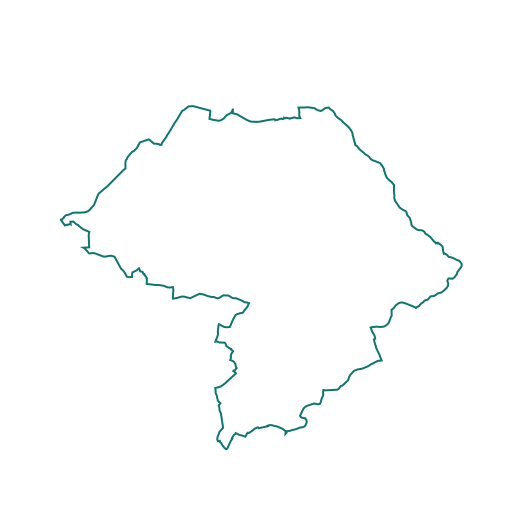 the district of Socond, Satu Mare, Romania, rotated 316°
{"feature_id": "2599482B56035864405042", "entity_name": "Socond", "entity_type": "district", "adm_level": 2, "iso_a3": "ROU", "parent_name": "Romania", "parent_adm1": "Satu Mare", "projection": "mercator", "projection_center": [22.99, 47.536], "detail": "fine", "context": "isolated", "style": "outline", "palette": "teal", "viewbox_px": 512, "rotation_deg": 316, "n_neighbors": 0, "source": "geoboundaries", "source_scale": "gbopen_adm2", "svg_char_len": 6137}
<svg xmlns="http://www.w3.org/2000/svg" viewBox="0 0 512 512"><g transform="rotate(316 256 256)"><path d="M223.0,409.0L226.7,408.4L227.9,409.1L229.5,409.3L236.2,409.3L239.0,407.7L241.4,407.0L246.8,406.7L250.0,408.0L253.8,410.6L255.8,411.5L260.2,413.2L263.5,413.8L270.8,416.1L273.8,418.4L275.9,413.5L278.6,405.6L279.7,403.9L280.3,402.3L282.8,398.0L284.3,398.3L284.5,397.7L285.5,396.5L286.1,395.2L287.1,390.9L288.8,387.1L290.1,387.8L293.5,390.5L296.2,393.5L298.6,395.4L299.9,396.0L302.7,396.4L305.0,396.3L310.5,393.7L312.1,393.2L316.2,388.8L318.3,389.2L322.2,388.6L325.7,389.0L327.8,390.0L329.2,391.4L330.7,394.1L333.8,401.0L334.7,403.2L335.0,404.5L335.9,404.4L338.5,405.2L341.9,404.9L344.1,405.4L346.1,405.2L347.2,405.5L348.6,406.5L349.7,406.7L353.6,406.3L356.2,408.4L358.7,409.0L360.6,409.1L363.5,410.8L365.7,411.3L371.2,411.4L373.7,410.7L375.3,409.1L376.4,406.7L378.5,405.9L379.1,406.0L381.6,408.9L384.0,409.2L388.1,408.5L389.5,407.5L396.6,406.3L398.3,404.8L398.7,403.8L398.9,400.6L397.7,398.3L396.9,395.8L395.6,392.8L394.2,390.8L394.0,390.0L394.1,388.2L393.9,386.3L393.4,385.3L392.8,385.1L393.2,384.6L393.1,384.3L393.4,383.9L393.6,383.0L396.2,379.6L396.8,378.4L396.4,374.9L396.6,374.5L395.7,373.5L396.0,373.4L396.1,372.8L394.2,371.8L394.5,371.1L394.3,370.5L394.1,368.5L394.3,368.2L394.3,367.1L394.6,363.8L394.2,360.7L393.4,357.6L393.9,355.9L393.8,354.5L393.2,352.8L390.8,350.1L390.0,348.5L389.1,342.7L389.4,341.6L391.1,339.5L393.1,335.1L393.1,331.8L394.8,328.7L394.7,327.2L393.8,325.0L393.2,322.4L393.0,320.8L394.4,313.0L395.7,310.3L397.7,308.5L399.6,305.9L402.0,303.4L404.8,300.7L404.6,300.1L404.9,296.8L404.5,293.9L404.5,290.7L405.6,287.5L407.6,283.4L408.6,282.1L409.6,278.2L409.5,277.4L409.8,275.5L407.3,269.8L406.5,268.5L405.9,266.2L406.2,263.6L406.1,261.5L405.5,259.7L405.2,258.1L405.2,256.3L404.6,251.6L405.0,247.3L404.5,245.6L404.7,244.7L405.9,243.2L406.1,242.2L407.3,240.5L407.3,239.9L408.1,239.0L409.4,236.3L410.8,234.6L411.7,231.6L412.1,228.7L412.1,226.2L411.6,220.2L411.7,217.3L410.9,214.0L410.8,211.3L410.8,210.1L411.6,208.3L412.0,206.4L412.0,204.7L411.4,202.2L411.4,199.7L408.8,197.8L404.4,197.1L403.1,196.5L401.7,194.0L401.0,192.0L400.9,190.7L400.3,189.6L396.2,184.5L395.1,183.8L389.7,178.8L389.4,179.6L387.0,182.8L385.4,184.2L384.3,185.6L383.7,187.5L381.1,185.3L380.7,184.6L380.6,184.0L379.5,182.6L377.4,181.7L376.5,180.7L375.9,180.8L375.3,180.1L374.6,178.6L373.5,177.3L373.0,177.4L372.5,176.6L372.1,176.6L372.1,176.2L371.5,176.5L370.4,176.2L370.0,175.1L369.5,174.9L368.9,174.2L366.6,173.3L364.4,171.9L365.3,171.1L363.8,171.9L364.4,171.0L364.0,170.2L359.6,166.9L351.8,161.8L350.0,160.3L346.0,156.2L345.0,154.5L343.9,151.8L340.8,140.9L338.4,137.2L341.1,134.7L340.9,134.5L339.5,135.2L337.7,135.6L336.4,135.5L332.8,134.3L328.4,134.7L324.8,133.9L323.1,132.8L319.1,127.3L317.8,125.0L323.7,120.2L324.0,119.6L314.8,104.4L311.3,101.5L305.9,101.0L303.6,100.3L294.8,102.8L289.9,103.8L279.8,106.6L275.3,107.5L274.6,108.0L267.7,109.2L266.4,109.6L265.2,110.4L264.0,109.2L264.0,108.4L262.6,106.4L260.6,104.2L260.1,98.4L259.7,97.5L251.2,93.6L249.6,94.3L248.8,94.2L247.9,95.0L246.7,95.0L245.2,95.6L242.5,95.5L241.5,95.8L239.4,95.1L238.2,95.1L233.7,95.5L232.0,95.8L230.7,96.5L229.5,96.5L228.6,96.9L226.5,98.5L222.9,102.4L220.2,102.1L198.0,102.6L186.3,101.8L184.0,102.6L174.9,106.8L167.7,107.3L165.8,106.9L163.1,105.6L158.7,101.9L157.3,100.3L154.3,97.7L150.4,96.4L147.5,94.6L145.2,94.6L144.2,95.0L142.8,94.8L141.8,95.0L141.1,94.8L140.9,94.4L140.7,94.5L139.8,101.3L141.8,102.2L141.7,102.5L142.0,102.7L144.6,103.9L144.7,104.4L146.3,102.4L148.4,104.3L148.6,105.0L148.8,108.4L149.6,110.1L149.5,111.5L150.2,116.5L152.8,122.9L150.2,124.7L142.0,133.9L137.7,130.2L138.2,131.6L137.9,132.9L138.0,134.7L137.7,137.8L138.0,138.5L140.5,140.4L141.9,142.0L145.8,150.3L147.4,152.0L149.7,153.4L151.9,155.1L153.4,157.5L153.7,158.4L150.1,171.3L150.3,174.7L149.6,178.4L148.7,181.1L150.2,183.3L152.3,185.0L154.1,183.1L155.7,182.0L160.1,183.4L163.3,183.6L162.7,185.3L162.0,186.5L163.3,188.6L162.6,190.5L163.1,191.3L163.0,192.0L162.5,192.2L162.6,193.0L162.4,195.0L161.9,195.6L162.0,196.2L158.0,200.2L162.8,206.1L166.8,210.4L169.3,213.9L169.9,215.7L170.6,217.1L172.2,218.9L174.6,220.6L173.2,222.8L167.5,227.9L166.7,229.1L170.3,231.5L173.4,233.0L175.0,234.1L176.2,235.5L179.3,240.6L189.4,244.0L189.2,243.9L191.3,246.9L193.4,251.2L195.4,254.4L197.2,256.2L198.6,259.4L200.1,260.5L205.2,261.6L208.7,265.3L209.9,269.9L210.6,270.9L212.3,272.5L214.6,277.6L215.4,280.0L215.4,280.9L217.8,284.1L218.2,285.0L214.4,286.6L209.7,287.0L207.4,287.6L206.4,287.4L204.9,286.1L200.6,284.2L195.2,285.8L187.9,288.9L185.5,287.0L183.8,285.0L182.0,279.3L180.6,280.0L176.8,283.2L175.7,284.2L174.5,285.8L172.2,287.2L168.5,288.7L167.3,289.5L168.5,290.2L169.7,292.9L173.3,296.6L173.1,298.2L172.1,300.2L172.9,304.0L173.6,305.6L173.1,305.9L173.4,308.6L170.4,309.2L168.7,310.2L168.0,310.8L167.8,311.4L165.2,313.0L166.3,315.2L166.6,316.7L166.1,319.4L164.6,321.6L164.2,323.2L161.5,323.4L160.2,322.9L159.8,323.0L160.1,323.9L160.1,326.5L144.7,326.1L140.3,325.5L134.8,322.7L133.9,324.2L131.7,326.6L131.0,328.8L128.4,333.0L128.0,333.9L128.1,337.2L125.3,337.6L124.4,339.4L122.4,342.0L121.4,344.9L113.0,356.7L107.3,357.2L105.4,358.3L103.2,359.1L100.8,360.9L99.9,362.8L101.6,363.8L100.8,365.1L101.1,366.5L100.5,367.8L100.0,371.9L100.3,374.3L101.4,374.6L108.9,371.7L112.2,370.9L112.1,370.4L113.6,369.9L115.9,369.4L117.9,369.6L118.4,369.3L119.9,373.5L121.7,376.1L122.6,378.4L123.9,378.4L126.1,377.4L127.0,377.5L127.5,377.5L128.0,378.4L132.5,379.2L135.0,379.3L137.8,380.2L138.3,380.6L138.3,381.6L138.5,381.9L146.2,386.6L146.3,386.1L147.0,386.3L149.0,387.7L150.2,389.2L150.9,390.6L152.8,393.3L154.9,398.4L155.5,401.7L155.9,402.5L153.7,404.4L155.1,404.3L156.8,403.8L159.3,405.5L161.9,406.7L164.1,408.2L168.6,410.0L170.5,411.5L171.9,412.2L173.5,412.3L176.3,411.2L177.5,410.4L178.4,408.8L178.3,407.6L178.7,407.0L176.5,403.9L176.4,402.1L176.8,401.5L183.9,398.8L185.8,398.7L188.3,399.1L195.0,402.3L195.8,402.9L196.4,404.2L197.5,405.6L199.2,406.8L201.0,406.1L204.2,404.2L207.7,402.8L208.7,401.8L209.4,400.7L211.4,399.2L212.4,400.7L221.4,408.5L223.0,409.0Z" fill="none" stroke="#0f766e" stroke-width="2"/></g></svg>